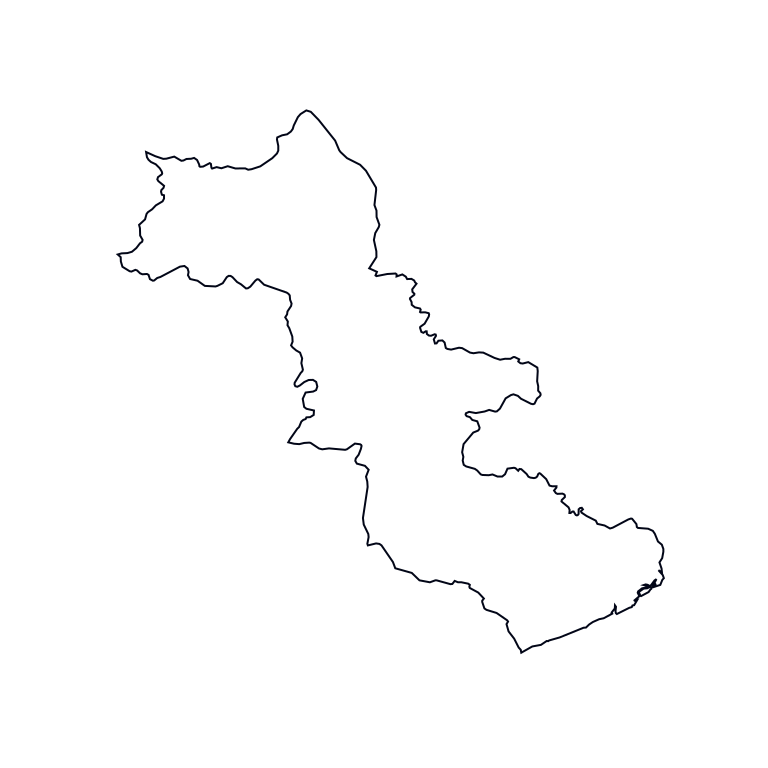 an SVG outline of Pernambuco, rotated 51°
{"feature_id": "BRA-1313", "entity_name": "Pernambuco", "entity_type": "State", "adm_level": 1, "iso_a3": "BRA", "parent_name": "Brazil", "parent_adm1": "", "projection": "natural_earth1", "projection_center": [-37.928, -8.379], "detail": "fine", "context": "isolated", "style": "outline", "palette": "ink", "viewbox_px": 768, "rotation_deg": 51, "n_neighbors": 0, "source": "natural_earth", "source_scale": "10m", "svg_char_len": 6123}
<svg xmlns="http://www.w3.org/2000/svg" viewBox="0 0 768 768"><g transform="rotate(51 384 384)"><path d="M705.1,286.4L701.5,287.9L707.9,287.6L711.0,288.7L711.4,291.0L714.0,295.7L711.4,302.5L710.7,302.4L710.5,298.2L709.9,301.4L707.1,295.1L706.9,297.4L708.4,303.1L708.0,305.3L706.8,305.1L705.7,305.7L704.4,306.8L703.7,308.7L706.7,306.4L707.9,306.8L705.2,312.0L705.1,317.0L705.9,318.2L709.6,319.1L709.8,326.3L711.2,323.1L713.3,328.8L712.5,330.3L713.3,331.9L712.3,334.2L709.3,347.8L708.0,348.0L706.3,347.1L703.1,343.9L701.4,343.8L703.7,345.9L704.8,350.7L705.6,351.9L706.3,350.2L704.3,360.7L702.2,364.8L700.4,371.5L700.0,376.0L700.4,380.3L699.0,382.3L691.5,407.0L687.2,417.1L687.2,418.2L686.1,419.3L685.5,426.2L681.3,433.9L679.2,446.4L676.6,445.0L673.6,445.2L663.8,443.1L654.7,442.9L647.7,439.9L646.7,437.1L645.1,437.0L632.8,440.6L624.0,446.5L621.6,447.2L615.1,444.8L614.2,444.0L613.6,441.4L605.4,442.0L596.5,445.7L595.3,445.3L594.1,443.7L592.2,444.2L586.7,448.7L584.6,451.3L581.5,453.0L582.4,456.7L581.4,458.3L569.8,466.6L568.9,467.6L567.0,473.1L558.9,480.0L548.3,481.3L534.3,491.2L528.0,489.1L507.8,487.5L505.4,488.2L502.9,490.5L499.3,498.1L497.7,497.5L493.3,492.3L490.7,490.6L480.5,488.2L474.9,484.7L453.7,461.5L449.3,458.4L444.7,456.3L441.0,449.9L435.6,450.3L428.8,455.2L425.7,454.7L424.1,452.8L423.0,448.2L419.9,442.8L418.0,440.4L417.0,440.1L415.8,440.5L412.0,444.1L411.4,453.9L410.7,455.6L399.4,467.3L395.9,473.1L393.2,475.1L383.6,478.1L382.5,479.0L379.6,483.1L377.4,487.7L373.8,491.5L369.1,495.1L367.7,491.7L364.2,479.6L364.0,477.1L361.2,471.9L361.1,469.3L361.9,467.0L361.1,465.3L363.3,462.2L363.8,458.1L360.5,455.1L354.4,459.9L351.6,460.5L344.4,456.5L341.3,450.3L345.3,443.8L346.0,440.6L344.0,437.4L339.7,435.4L336.1,436.6L333.5,440.0L332.3,444.7L332.2,450.3L331.6,453.1L329.9,454.3L328.0,453.8L326.8,452.6L323.0,441.8L322.7,439.5L321.8,438.0L315.8,435.1L312.6,431.5L306.8,429.5L302.7,431.1L297.9,432.0L295.5,431.9L293.6,428.4L289.4,425.4L281.0,422.5L277.6,422.0L274.9,419.4L270.0,418.8L268.9,415.5L266.9,413.4L264.9,407.1L263.3,405.2L259.5,404.0L255.8,401.5L253.8,401.5L251.7,402.1L231.4,414.7L223.9,415.6L222.8,416.6L222.7,418.9L224.2,426.6L223.9,429.6L222.9,431.1L216.5,432.4L212.3,434.0L205.6,434.5L203.5,435.2L202.2,436.7L202.0,438.9L204.2,445.9L202.9,451.7L202.2,453.5L195.0,461.5L186.4,463.9L180.4,468.6L176.1,467.9L174.0,465.4L170.6,463.9L166.7,464.8L164.4,468.7L160.1,490.4L158.9,493.5L158.9,497.5L158.3,498.6L155.2,499.9L151.0,498.3L149.3,499.0L146.7,502.7L144.5,503.9L140.4,504.4L138.8,505.4L137.7,509.5L136.3,510.7L128.3,513.5L123.2,511.4L119.7,508.8L115.8,509.4L117.3,505.8L120.8,501.0L122.6,496.7L122.5,491.0L121.1,485.1L121.2,482.4L120.1,480.9L115.2,480.1L109.3,475.6L106.2,474.2L105.7,466.1L102.4,461.5L101.9,459.4L102.3,454.3L101.6,448.9L102.7,441.1L101.5,438.3L98.9,436.2L97.1,437.5L94.3,436.3L93.2,435.0L92.8,431.9L91.6,430.2L84.4,431.7L82.3,431.4L81.0,429.4L81.2,424.7L80.7,423.8L79.0,423.0L75.2,422.5L69.6,423.1L64.8,425.4L61.5,425.9L58.6,425.5L54.0,422.9L63.0,418.4L70.1,413.9L71.9,411.4L75.3,403.9L83.0,401.0L84.1,399.2L84.8,395.9L87.6,392.1L88.8,389.3L92.3,388.3L97.1,389.5L98.6,390.4L99.5,390.2L101.2,387.7L102.7,380.4L104.0,380.0L107.3,382.0L108.4,382.0L110.1,377.6L114.0,374.6L116.4,368.4L122.9,363.9L129.2,356.1L132.0,354.7L133.7,351.8L137.0,343.2L138.2,328.7L137.5,322.1L136.1,319.3L132.4,316.3L126.6,313.3L125.2,311.8L126.6,306.7L129.0,302.1L129.2,297.5L128.4,294.5L126.3,291.4L122.4,283.0L121.7,279.0L122.5,272.2L126.4,269.6L137.5,268.6L164.1,268.8L174.2,271.7L176.4,271.8L185.2,270.6L198.6,264.6L206.9,263.8L226.3,266.6L228.3,268.0L238.9,278.8L244.5,280.7L249.6,284.7L257.4,287.4L258.8,289.4L261.2,295.8L265.7,301.2L276.0,306.4L280.6,310.0L284.8,322.7L292.4,318.9L294.3,322.3L295.4,322.0L300.6,312.2L305.4,305.5L306.8,305.2L308.3,306.6L310.4,300.8L314.3,299.5L317.0,300.0L319.6,296.5L322.6,295.4L324.5,295.9L326.5,295.6L328.2,302.5L330.4,303.9L333.0,303.6L333.7,304.3L333.6,309.5L334.2,310.3L337.7,311.0L339.9,312.6L343.9,311.7L348.0,308.5L349.3,308.7L350.7,310.7L351.3,310.6L354.3,306.8L357.1,304.7L358.3,305.1L359.7,306.7L362.7,314.5L362.4,319.8L363.0,320.6L367.0,322.2L369.0,321.2L369.3,318.4L369.9,317.7L372.1,319.2L374.6,318.6L376.1,317.1L377.2,313.4L378.1,312.7L379.3,313.3L380.6,317.2L384.6,318.9L385.5,317.6L384.6,314.5L386.9,311.2L389.9,310.8L394.9,313.3L396.6,312.7L399.5,310.2L403.0,302.9L405.3,300.7L413.7,297.4L416.4,295.1L419.2,290.3L422.1,287.1L433.3,281.7L438.2,278.5L440.6,274.0L444.0,269.9L444.5,266.5L445.3,265.5L449.9,263.4L451.0,265.5L453.7,264.9L455.4,263.3L457.8,258.1L467.7,254.5L470.7,256.4L478.3,263.3L482.7,265.5L486.2,268.4L489.6,268.3L491.0,269.1L491.6,270.7L491.6,274.2L494.0,279.4L493.5,280.9L491.9,282.2L481.7,286.8L477.5,287.4L473.5,289.9L472.5,292.3L471.7,298.5L476.1,309.4L476.3,313.5L475.4,315.0L470.3,318.6L468.7,323.1L464.4,330.9L459.2,335.4L458.3,338.8L459.2,339.9L461.0,340.0L463.8,338.1L467.5,338.0L471.7,335.0L478.1,337.2L479.1,338.5L479.4,340.3L477.9,345.2L480.8,360.0L486.2,366.2L490.6,368.2L493.0,371.0L497.0,372.9L499.8,372.0L507.1,366.8L509.9,366.0L515.1,365.7L516.6,364.8L520.8,360.0L522.6,356.6L527.4,354.0L530.3,350.4L530.3,346.7L527.5,341.3L530.9,335.7L532.2,334.8L535.9,334.3L535.3,332.2L536.6,330.9L543.7,329.8L546.9,330.1L548.8,329.2L551.5,326.7L552.3,325.1L552.3,323.2L551.0,320.7L551.1,319.4L552.0,318.9L560.0,317.8L567.1,319.3L569.3,317.7L572.0,314.3L573.0,315.2L573.8,318.9L576.9,319.1L578.5,318.4L581.5,314.3L583.1,313.5L584.3,313.5L585.7,314.6L586.0,318.8L587.0,320.0L596.0,318.2L598.7,319.0L600.9,321.1L601.7,320.2L601.7,317.8L602.4,316.9L606.4,317.4L607.5,316.8L607.8,315.9L607.5,314.6L603.9,311.6L603.8,309.7L604.7,308.2L606.6,308.3L606.8,311.0L608.3,311.4L614.1,309.6L623.5,305.4L627.0,306.2L632.8,301.6L638.5,299.3L639.6,296.7L643.0,279.4L644.0,276.7L644.9,276.0L651.7,276.0L654.3,277.5L655.7,277.2L662.7,269.8L667.3,267.5L670.9,267.8L678.8,270.2L683.7,269.2L688.0,270.7L690.2,272.5L694.4,277.4L696.0,282.2L702.0,284.4L705.1,286.4ZM709.2,304.4L710.9,304.4L711.4,305.2L711.3,306.1L712.2,309.3L710.6,317.7L709.9,318.0L706.0,316.9L706.4,311.0L708.4,308.0L709.2,304.4Z" fill="none" stroke="#020617" stroke-width="2"/></g></svg>